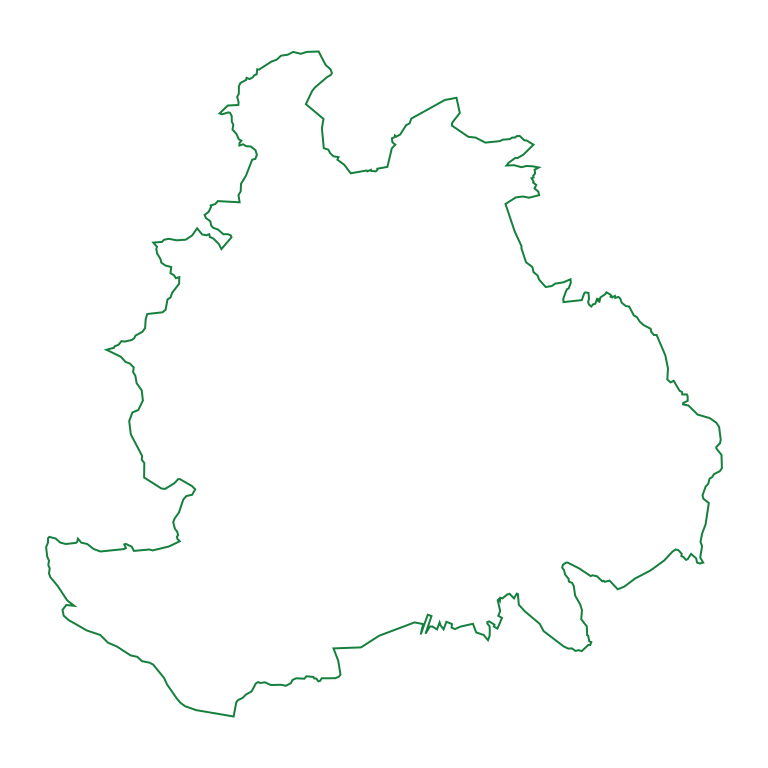 outline of Aquixtla, Puebla, Mexico
{"feature_id": "50627088B80645890031295", "entity_name": "Aquixtla", "entity_type": "district", "adm_level": 2, "iso_a3": "MEX", "parent_name": "Mexico", "parent_adm1": "Puebla", "projection": "albers", "projection_center": [-97.929, 19.78], "detail": "fine", "context": "isolated", "style": "outline", "palette": "green", "viewbox_px": 768, "rotation_deg": 0, "n_neighbors": 0, "source": "geoboundaries", "source_scale": "gbopen_adm2", "svg_char_len": 6071}
<svg xmlns="http://www.w3.org/2000/svg" viewBox="0 0 768 768"><path d="M456.5,97.8L444.8,100.0L411.3,118.6L409.6,123.4L406.2,125.1L400.1,134.6L396.3,136.6L394.9,135.5L394.7,137.2L392.0,138.2L392.4,142.3L395.3,144.7L391.8,148.4L387.4,166.9L377.3,168.7L377.4,169.9L375.7,171.4L371.1,170.9L370.9,169.8L367.3,171.4L366.6,170.5L350.7,173.3L344.3,164.8L337.4,159.7L338.5,157.1L333.4,156.3L330.1,153.1L328.3,149.6L323.8,148.2L321.9,128.3L323.5,118.9L305.9,104.2L312.0,91.2L314.9,87.5L326.8,77.3L330.9,74.9L331.9,73.1L330.6,69.4L325.7,65.1L318.6,51.5L307.0,51.9L300.7,53.8L293.1,51.9L287.8,54.7L281.0,55.7L276.6,59.7L271.4,61.6L259.0,69.6L257.2,69.3L256.6,74.4L254.2,75.3L252.7,77.4L249.5,79.1L246.6,77.8L246.1,79.9L240.4,83.0L238.9,86.3L238.8,93.8L237.2,96.9L238.6,102.2L238.3,105.0L227.8,105.5L219.6,113.4L222.0,114.3L228.3,112.4L230.0,112.8L231.7,115.9L231.8,121.7L233.3,124.7L232.5,129.6L236.4,133.9L238.7,139.1L241.4,140.8L239.6,142.8L239.4,145.5L243.1,144.3L246.2,146.2L250.8,146.5L255.5,150.2L256.9,154.9L255.3,158.9L252.2,159.7L245.9,175.8L241.0,183.8L240.7,191.4L238.5,195.0L239.6,202.3L217.9,201.1L215.3,204.0L210.6,205.5L211.1,206.8L208.6,211.9L204.6,214.9L205.9,218.0L210.3,221.3L211.1,225.3L213.1,227.8L217.8,229.4L223.3,234.2L227.9,234.2L230.8,235.4L231.5,237.3L221.4,249.1L218.9,244.1L213.4,238.5L209.8,237.0L209.2,234.2L206.3,235.3L202.1,234.4L197.1,228.3L192.1,235.5L185.7,239.7L176.6,240.3L168.8,238.8L163.9,239.8L162.0,241.9L153.3,242.6L157.0,246.8L156.3,248.7L157.0,253.2L160.5,259.1L161.3,262.6L165.3,265.5L171.2,267.0L170.5,273.3L174.0,275.2L175.8,278.2L179.3,277.1L179.1,283.8L172.1,292.8L170.5,297.5L167.5,299.4L165.6,309.8L162.5,312.3L147.3,314.0L145.7,319.0L145.1,328.1L142.4,331.8L135.5,335.6L134.2,338.2L131.8,340.0L124.5,341.6L121.5,341.1L118.5,344.8L114.6,346.3L114.1,347.7L106.5,349.8L120.9,356.8L125.6,362.0L129.8,363.5L133.7,367.4L133.1,372.0L135.4,375.9L136.6,383.1L141.7,390.4L142.9,400.6L138.3,410.0L132.4,412.5L129.2,421.0L130.8,434.3L142.1,455.9L141.8,459.8L144.3,463.0L144.1,477.5L161.4,488.5L165.1,488.9L174.4,483.2L178.2,479.1L179.9,479.1L192.0,486.1L195.2,489.4L192.1,494.8L186.4,496.0L183.3,499.5L178.9,512.6L174.6,518.5L173.2,522.2L174.9,528.7L177.2,531.8L178.1,535.3L176.9,536.6L177.4,538.9L179.7,541.3L168.9,546.5L152.6,550.4L149.3,549.5L133.9,550.9L131.6,546.6L125.8,543.9L124.3,544.4L125.9,548.1L123.8,549.1L100.4,551.5L93.7,549.0L87.2,544.0L81.2,542.6L78.0,538.7L77.1,542.0L75.9,542.9L65.8,544.0L60.3,542.6L55.6,538.5L49.3,536.9L48.0,538.4L48.0,542.5L46.1,547.2L47.2,556.6L49.0,560.7L48.3,565.1L49.7,568.3L49.0,573.4L50.3,577.1L57.6,585.9L67.2,600.4L74.2,605.8L66.3,605.0L62.5,609.9L63.7,615.7L68.7,620.1L86.9,630.5L100.3,635.0L108.1,642.8L116.7,646.4L130.6,655.4L137.2,656.8L142.0,661.2L149.3,662.6L153.1,664.5L164.1,678.0L167.0,684.4L176.3,697.8L180.2,702.6L185.0,706.2L196.0,710.1L233.6,716.5L236.3,702.3L238.0,700.1L242.7,697.9L245.8,694.6L251.6,691.4L255.8,683.5L258.0,682.1L260.4,683.0L264.9,682.3L270.8,685.0L281.3,684.8L285.8,685.8L290.8,683.2L292.6,679.9L296.2,678.3L304.4,678.7L306.3,676.3L313.4,676.9L314.1,678.4L316.4,678.6L318.3,681.3L320.1,680.9L321.7,678.3L335.4,678.2L338.9,676.7L340.5,674.6L338.2,660.7L333.5,648.4L361.0,647.4L379.0,635.8L414.6,622.4L423.1,624.1L420.7,634.5L427.8,614.7L431.5,616.1L425.5,633.7L429.8,626.7L432.2,626.4L437.0,629.4L439.6,622.4L440.5,625.3L443.6,629.3L446.4,621.8L451.9,624.0L451.6,627.6L455.0,629.1L460.2,626.7L472.9,623.8L476.2,632.4L483.7,635.0L488.0,640.2L489.6,635.9L489.8,630.1L489.6,626.3L487.3,623.5L487.4,622.0L489.2,621.4L494.5,624.7L493.8,626.5L497.4,628.6L502.0,617.9L498.3,615.8L500.2,611.1L497.7,600.2L498.7,599.2L499.9,601.0L500.2,597.8L502.4,598.4L507.2,594.5L509.6,593.8L514.0,598.4L516.8,593.6L517.9,594.1L518.8,604.7L524.8,611.3L539.7,623.8L543.6,631.1L563.5,646.3L568.2,648.6L571.9,648.4L575.5,650.9L578.6,650.2L581.7,651.1L588.3,645.0L590.2,645.0L591.3,642.2L589.3,641.3L588.2,635.8L587.2,635.3L586.8,626.4L581.2,619.2L582.0,610.3L580.2,604.5L575.1,595.5L573.8,586.1L572.1,582.9L568.9,581.6L568.6,578.9L565.1,574.5L564.1,570.3L562.2,567.6L562.9,564.8L566.0,562.6L567.9,562.7L579.3,568.5L590.7,576.1L592.6,575.3L597.0,576.3L602.2,581.3L603.7,580.8L604.8,581.8L609.6,580.6L617.7,589.3L624.3,586.6L635.1,578.5L650.6,570.4L664.2,560.5L672.4,551.7L675.7,549.5L678.3,550.1L681.7,553.7L681.4,556.2L683.4,556.9L685.9,559.8L687.6,559.3L691.1,553.9L696.2,558.4L697.0,562.5L699.7,563.5L703.2,562.6L700.2,557.5L702.1,546.1L700.5,542.0L702.1,533.6L705.6,524.3L708.8,503.0L703.4,498.7L702.5,495.4L705.6,486.7L708.3,483.7L709.6,478.6L712.1,477.2L714.0,474.1L719.7,471.3L721.9,468.1L721.5,454.9L716.5,448.7L716.3,447.0L720.1,443.2L720.7,439.5L719.1,426.9L716.2,422.6L709.7,418.1L697.7,414.6L688.4,405.5L683.0,404.4L683.2,403.0L687.7,400.8L687.6,396.0L686.8,394.4L682.3,394.5L682.0,392.0L679.6,390.8L673.7,380.8L670.6,382.4L667.3,379.5L668.0,368.4L665.3,355.3L656.6,335.0L653.9,335.0L651.2,331.7L650.7,328.8L643.8,325.2L639.9,321.8L636.9,317.1L633.8,315.4L629.2,306.6L625.7,306.0L621.7,302.7L620.2,298.5L618.4,296.9L615.3,297.9L614.9,295.9L612.2,297.5L610.6,296.7L611.4,295.7L610.4,294.6L606.4,292.3L605.4,294.1L600.4,297.4L599.4,301.7L598.4,301.3L598.2,299.0L597.1,298.8L595.3,303.8L593.1,304.3L591.3,306.5L589.0,304.6L588.1,302.1L589.0,298.8L588.5,292.9L585.3,292.4L584.2,293.4L581.8,300.1L563.5,302.1L563.2,299.1L566.0,291.2L567.1,289.1L568.7,288.4L570.8,282.8L570.5,279.3L563.2,282.4L555.3,283.6L551.6,286.1L545.7,287.0L539.0,279.5L537.6,275.5L533.5,272.1L532.4,267.1L526.0,262.2L521.4,248.2L521.5,246.1L514.6,231.2L505.5,204.0L515.8,197.4L523.0,196.5L529.1,197.7L539.1,195.2L538.4,191.7L534.5,188.4L536.3,185.0L533.2,182.6L533.6,181.5L531.5,178.2L533.6,177.5L533.2,175.8L535.1,173.4L534.6,169.7L538.8,167.5L532.6,166.3L526.5,166.0L521.4,167.2L514.2,165.2L506.5,165.5L508.7,162.7L515.2,158.0L517.4,158.1L523.3,154.7L533.5,144.7L526.5,140.4L524.3,140.4L519.8,136.0L516.7,136.1L515.2,137.5L512.1,137.6L509.8,139.1L502.5,139.7L500.0,141.1L485.3,142.6L475.7,137.6L468.3,136.8L451.9,125.6L452.1,122.8L459.8,113.0L456.5,97.8Z" fill="none" stroke="#15803d" stroke-width="2"/></svg>